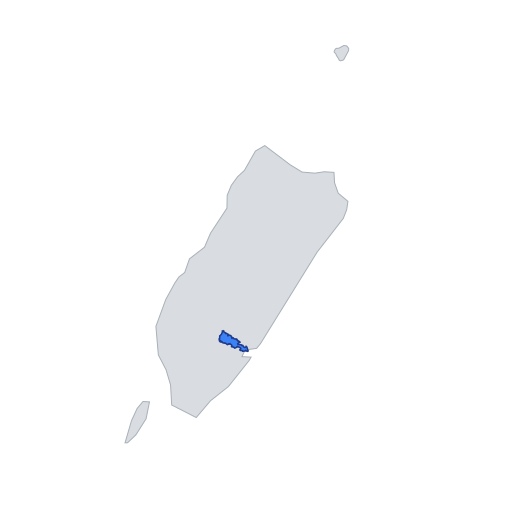 Guaynabo, Puerto Rico (highlighted), rotated 120°
{"feature_id": "32010507B75781996269938", "entity_name": "Guaynabo", "entity_type": "district", "adm_level": 2, "iso_a3": "PRI", "parent_name": "Puerto Rico", "parent_adm1": "", "projection": "robinson", "projection_center": [-66.113, 18.359], "detail": "fine", "context": "in_parent", "style": "filled", "palette": "blue", "viewbox_px": 512, "rotation_deg": 120, "n_neighbors": 0, "source": "geoboundaries", "source_scale": "gbopen_adm2", "svg_char_len": 3504}
<svg xmlns="http://www.w3.org/2000/svg" viewBox="0 0 512 512"><g transform="rotate(120 256 256)"><path d="M339.7,214.4L345.0,218.3L350.2,217.8L346.0,209.7L349.9,209.7L382.8,214.6L404.0,223.0L425.8,227.0L427.2,254.5L410.4,265.5L399.5,277.0L390.5,291.1L367.0,307.5L338.7,312.4L319.8,312.8L312.8,312.3L305.9,309.5L291.7,312.2L274.1,305.0L259.0,306.8L229.1,305.1L217.8,311.3L207.1,312.7L196.6,311.6L187.6,308.8L165.4,309.0L156.0,303.6L159.9,272.2L160.3,258.1L154.8,246.4L148.9,239.0L144.6,230.3L153.3,224.6L160.5,216.2L162.7,203.7L170.6,200.6L179.8,199.2L222.2,205.0L329.6,208.3L335.7,209.3L339.7,214.4ZM460.8,281.5L447.3,282.7L438.5,281.1L435.6,275.3L451.9,269.8L471.0,270.6L482.0,273.9L483.3,276.0L460.8,281.5ZM39.8,290.6L38.2,290.8L36.6,290.6L35.8,290.0L34.7,288.2L29.8,285.2L28.7,282.5L29.8,279.6L31.8,278.5L41.8,278.2L42.8,278.5L44.8,280.5L44.8,281.9L43.8,283.2L42.1,286.7L41.3,287.5L40.8,288.4L40.5,290.0L39.8,290.6Z" fill="#d9dde1" stroke="#a8b0b8" stroke-width="1"/><path d="M339.4,218.4L339.2,219.3L339.7,219.2L340.1,219.5L340.5,219.6L341.1,220.5L340.6,221.4L340.5,222.1L340.1,222.5L340.0,222.8L340.2,223.1L340.4,223.0L340.6,223.5L340.2,224.1L340.3,224.4L340.4,224.6L340.6,224.9L340.7,225.4L341.1,226.3L341.4,226.9L341.6,227.4L341.1,227.7L341.0,228.0L340.6,227.9L340.1,227.6L339.4,227.2L338.8,226.7L338.7,226.7L338.4,227.2L338.3,227.4L338.3,227.8L338.8,228.3L338.8,228.6L338.4,228.5L338.3,228.8L338.3,229.7L338.3,230.3L338.2,230.8L337.8,230.6L337.6,231.0L337.6,231.5L338.0,232.1L338.6,233.2L338.6,233.6L338.6,234.2L338.3,234.5L338.3,234.8L338.8,234.9L338.6,235.7L338.6,235.9L339.0,236.1L338.5,236.5L338.1,236.7L338.0,236.8L337.7,237.3L337.8,237.8L337.6,238.3L337.7,239.0L337.8,239.3L338.0,239.6L338.9,240.3L339.2,240.4L339.2,240.6L338.4,240.8L337.7,240.8L337.7,241.4L337.9,241.5L337.8,242.0L337.7,242.8L337.9,243.0L338.2,243.2L338.3,243.4L338.2,243.5L338.1,244.1L337.8,244.1L337.8,244.6L337.7,245.1L337.8,245.6L337.8,246.0L337.2,246.4L337.3,246.5L337.6,246.6L337.2,247.1L337.7,247.5L337.8,247.1L338.1,247.3L338.4,247.3L338.7,247.1L341.1,246.8L342.0,247.1L342.8,247.1L343.3,247.5L344.8,246.7L345.0,246.6L345.5,246.3L345.6,246.5L346.2,246.5L346.5,246.2L347.1,246.0L347.2,245.8L347.1,245.5L347.2,245.3L347.9,245.0L347.9,244.7L348.1,244.6L348.2,244.2L347.5,244.1L348.1,243.6L347.9,243.1L347.3,243.0L347.4,242.6L347.3,242.3L347.7,242.1L347.8,241.7L347.7,241.1L347.4,240.6L347.5,240.3L347.4,239.9L347.1,239.6L346.9,239.6L346.8,239.2L346.9,238.9L346.7,238.7L346.7,238.4L347.0,237.5L346.8,237.1L347.1,236.6L346.9,236.2L346.5,236.1L346.1,235.6L345.7,235.7L345.6,235.3L345.4,235.6L345.5,235.2L345.2,235.1L344.8,234.7L345.1,234.2L345.2,233.3L345.1,233.0L345.4,232.5L345.1,232.0L345.4,232.3L345.6,232.1L345.8,232.2L346.1,231.9L346.6,232.0L346.8,231.8L346.6,231.4L346.4,231.0L346.2,231.0L346.2,230.5L346.5,230.0L346.4,229.7L346.1,229.4L346.1,228.8L346.4,228.3L346.3,228.2L346.1,228.1L345.8,228.0L345.7,227.9L345.6,227.7L345.1,227.4L344.8,227.3L344.6,227.3L344.4,227.3L343.7,226.8L344.0,226.5L343.8,226.0L343.5,225.9L343.4,225.6L343.4,224.0L343.3,223.6L343.7,222.9L343.8,222.9L344.4,222.9L344.7,222.9L345.0,223.1L345.4,223.1L345.6,222.7L345.6,222.2L345.1,221.3L344.9,221.1L344.8,220.9L344.8,220.5L345.2,220.1L345.0,219.8L344.9,219.5L344.1,218.5L343.6,218.0L343.5,217.9L343.0,217.7L342.9,217.7L342.9,217.3L343.0,216.0L342.6,215.5L342.6,215.4L342.3,215.3L342.0,215.5L341.8,215.7L341.6,215.9L341.3,216.2L341.0,216.6L340.8,216.8L339.4,218.4L339.4,218.4Z" fill="#3b82f6" stroke="#1e3a8a" stroke-width="1.5"/></g></svg>